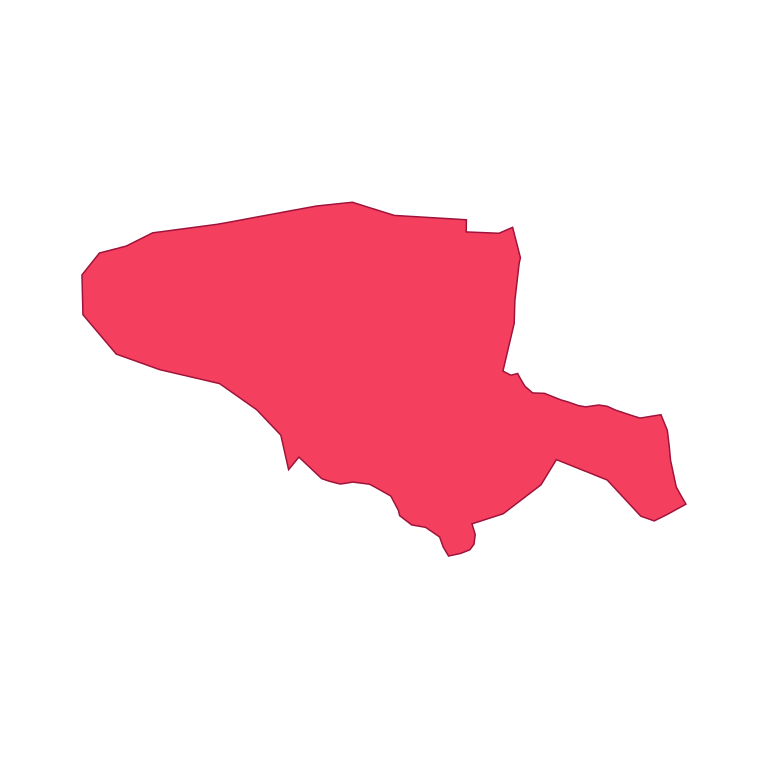 Aninri, Enugu, Nigeria, rotated 148°
{"feature_id": "59680162B49286325204061", "entity_name": "Aninri", "entity_type": "district", "adm_level": 2, "iso_a3": "NGA", "parent_name": "Nigeria", "parent_adm1": "Enugu", "projection": "mercator", "projection_center": [7.587, 6.053], "detail": "fine", "context": "isolated", "style": "filled", "palette": "rose", "viewbox_px": 768, "rotation_deg": 148, "n_neighbors": 0, "source": "geoboundaries", "source_scale": "gbopen_adm2", "svg_char_len": 1299}
<svg xmlns="http://www.w3.org/2000/svg" viewBox="0 0 768 768"><g transform="rotate(148 384 384)"><path d="M236.3,135.9L232.9,131.6L232.0,130.5L227.4,124.7L213.1,123.3L191.6,122.1L191.3,131.7L190.7,141.9L181.4,167.5L175.4,179.4L168.3,194.5L165.4,211.2L185.1,219.5L195.4,231.8L201.4,239.1L206.6,246.9L209.9,249.7L213.0,252.4L225.2,257.8L230.8,262.9L237.9,271.8L242.6,277.0L252.8,291.0L262.7,297.7L265.7,307.5L265.5,316.6L265.1,322.1L271.7,324.2L276.3,331.9L241.4,366.5L228.8,385.4L205.5,414.6L201.4,418.8L191.9,448.7L206.6,450.9L233.7,469.4L227.1,479.6L233.5,484.2L266.1,507.4L285.9,521.5L295.0,532.1L305.4,544.2L307.4,546.6L310.7,550.4L314.5,554.9L346.9,570.7L367.8,579.0L395.8,590.0L402.8,592.8L428.1,602.7L441.0,607.9L500.1,634.8L529.6,637.6L555.9,645.9L582.3,636.6L587.4,628.0L602.6,602.3L595.2,551.2L566.6,515.0L540.8,489.1L523.2,471.4L505.6,429.6L502.0,411.9L498.6,395.3L510.3,361.9L494.9,367.1L487.0,336.8L482.0,330.6L474.2,322.4L469.3,320.2L462.5,317.4L449.4,306.7L446.4,301.5L446.2,301.2L437.8,285.7L437.6,285.0L438.8,269.0L440.5,264.1L435.2,249.8L424.7,240.4L417.9,224.8L420.2,214.3L420.4,203.9L408.8,199.7L399.0,197.9L392.5,200.5L386.4,208.0L383.5,218.8L383.2,218.7L351.7,210.8L304.3,215.3L277.9,228.5L245.6,184.3L236.3,135.9Z" fill="#f43f5e" stroke="#9f1239" stroke-width="1.5"/></g></svg>